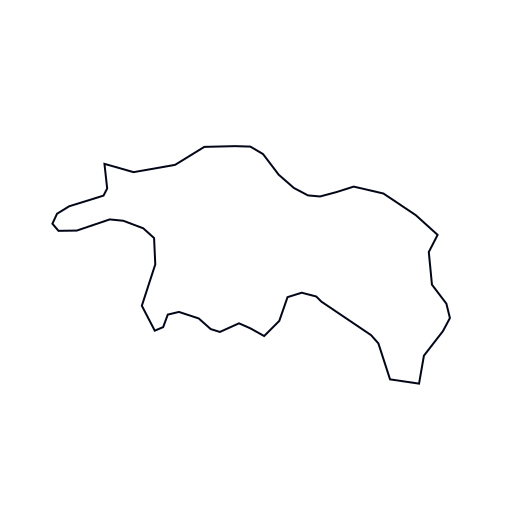 outline of Koung-Khi, Ouest, Cameroon, rotated 108°
{"feature_id": "32672807B81686658173178", "entity_name": "Koung-Khi", "entity_type": "district", "adm_level": 2, "iso_a3": "CMR", "parent_name": "Cameroon", "parent_adm1": "Ouest", "projection": "equal_earth", "projection_center": [10.485, 5.336], "detail": "fine", "context": "isolated", "style": "outline", "palette": "ink", "viewbox_px": 512, "rotation_deg": 108, "n_neighbors": 0, "source": "geoboundaries", "source_scale": "gbopen_adm2", "svg_char_len": 817}
<svg xmlns="http://www.w3.org/2000/svg" viewBox="0 0 512 512"><g transform="rotate(108 256 256)"><path d="M215.2,428.6L237.8,418.4L245.7,419.7L266.4,449.0L277.3,458.3L288.2,459.6L293.1,451.6L287.2,434.3L266.4,406.4L263.5,393.1L264.5,371.8L270.4,358.5L295.1,349.2L338.6,349.2L358.3,329.2L352.3,322.3L339.0,321.8L333.0,312.0L333.1,291.1L339.5,276.5L339.4,266.9L325.3,251.4L326.5,239.2L329.6,223.5L310.5,213.8L285.4,213.3L276.8,201.2L275.9,186.2L279.2,179.7L295.7,122.1L301.3,112.6L331.9,90.4L327.0,61.5L298.9,65.5L269.7,55.0L255.1,52.4L242.5,60.2L228.9,79.8L198.8,92.9L179.8,89.8L167.8,116.6L157.2,154.1L159.8,184.5L170.6,199.6L179.6,213.5L182.3,225.3L179.6,241.0L171.7,259.5L156.9,280.8L153.7,295.2L158.0,309.9L168.2,338.9L194.3,361.1L214.1,398.4L215.2,428.6Z" fill="none" stroke="#020617" stroke-width="2"/></g></svg>